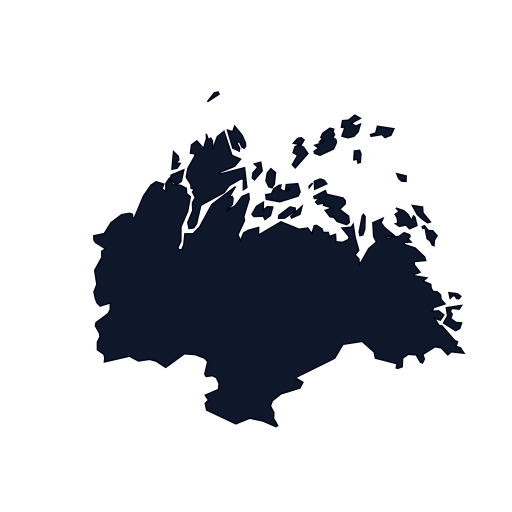 the border of Finland Proper, rotated 161°
{"feature_id": "FIN-3191", "entity_name": "Finland Proper", "entity_type": "Region", "adm_level": 1, "iso_a3": "FIN", "parent_name": "Finland", "parent_adm1": "", "projection": "orthographic", "projection_center": [22.144, 60.47], "detail": "fine", "context": "isolated", "style": "filled", "palette": "ink", "viewbox_px": 512, "rotation_deg": 161, "n_neighbors": 0, "source": "natural_earth", "source_scale": "10m", "svg_char_len": 6121}
<svg xmlns="http://www.w3.org/2000/svg" viewBox="0 0 512 512"><g transform="rotate(161 256 256)"><path d="M319.8,354.0L323.1,350.0L320.3,346.3L317.6,353.9L312.9,357.5L311.3,350.2L304.5,347.5L299.9,342.7L301.3,337.4L298.8,333.5L306.0,320.6L317.4,308.1L322.3,294.4L327.2,289.3L326.8,286.8L324.1,286.2L320.7,289.9L316.0,300.1L308.3,297.5L299.8,301.8L281.1,319.0L252.8,328.3L261.9,320.7L259.2,320.0L259.0,317.9L261.5,312.6L269.2,308.1L259.3,310.3L249.8,316.8L242.6,317.3L243.9,312.0L254.7,297.3L255.3,293.3L266.2,282.0L265.7,275.6L260.0,281.9L255.0,282.8L244.2,282.1L246.9,274.9L221.3,280.2L206.6,267.3L198.0,265.6L195.9,258.8L191.0,265.7L188.7,265.1L184.8,260.0L184.8,256.3L180.0,254.8L180.3,250.6L173.8,250.6L175.8,243.4L169.6,240.7L163.0,241.5L161.7,244.2L165.6,254.4L156.6,252.2L153.8,254.3L156.2,241.6L157.0,228.0L162.0,224.7L159.7,219.7L161.4,213.6L146.9,226.3L137.5,230.1L138.4,236.1L134.7,249.4L123.6,250.3L127.0,246.8L125.2,241.0L118.4,229.9L126.5,232.0L126.5,230.0L114.2,228.0L108.4,229.8L103.9,226.2L104.0,224.2L106.6,222.6L104.8,218.7L111.2,220.5L112.2,218.8L102.9,211.7L96.9,200.2L97.0,196.5L108.3,199.3L109.2,195.9L106.2,187.2L112.5,187.2L112.5,185.6L101.7,179.7L106.3,177.9L100.0,172.3L100.9,168.6L100.1,164.8L96.4,163.2L94.2,159.3L95.2,154.7L92.9,149.2L104.7,149.4L107.4,146.4L101.2,144.7L97.6,139.1L102.6,135.3L107.5,139.2L105.6,130.8L102.9,129.3L95.7,111.5L93.4,109.3L96.2,105.5L92.6,102.5L91.0,96.4L102.6,101.9L106.8,100.1L110.8,108.9L116.3,111.9L130.4,108.6L130.4,103.7L133.5,100.7L135.1,102.1L136.8,110.5L144.2,113.5L150.7,111.6L153.8,103.7L158.4,103.6L159.8,104.5L157.8,108.3L176.4,120.6L175.5,126.6L183.4,140.7L202.5,144.2L215.0,133.7L256.5,128.4L257.9,127.2L252.8,121.3L257.5,116.9L277.5,117.5L287.7,113.8L291.2,109.5L290.1,102.0L292.3,96.7L290.7,88.5L292.7,88.2L303.4,97.9L314.7,104.7L329.7,103.9L352.8,126.4L352.0,133.1L347.8,135.2L349.3,140.9L334.9,142.0L332.4,147.3L333.0,153.9L336.2,157.1L342.3,158.3L342.9,161.0L336.0,171.8L337.9,176.2L345.4,182.5L355.5,186.9L377.7,180.1L384.6,189.1L390.4,193.0L401.3,195.0L408.3,202.5L433.8,205.2L431.9,209.5L431.9,212.9L436.5,219.0L433.9,226.3L429.8,230.3L429.1,234.1L430.6,242.3L428.9,245.1L414.7,249.6L411.4,252.5L409.0,259.1L419.6,259.4L421.6,263.6L421.7,267.8L420.9,274.8L415.7,280.9L413.2,294.9L402.2,304.9L400.3,310.7L395.8,311.7L403.3,321.0L404.0,323.9L402.8,327.9L392.2,326.6L382.2,334.7L369.6,338.8L361.6,337.5L359.3,335.7L360.2,332.2L358.4,331.9L342.9,349.3L332.4,357.1L326.2,358.7L319.8,354.0ZM291.7,321.9L301.7,305.9L305.7,302.9L310.4,303.8L309.6,309.9L301.0,319.5L298.7,327.1L294.3,331.0L295.2,337.2L292.4,339.3L295.3,341.1L294.3,344.8L296.3,353.2L291.8,361.1L280.8,370.8L280.8,372.6L284.5,374.6L280.8,382.0L274.4,384.1L270.6,374.7L264.4,383.4L263.3,387.7L263.1,381.3L260.4,382.2L259.8,378.9L262.3,370.9L253.8,381.3L245.7,384.3L246.0,359.0L239.1,352.6L246.9,347.8L263.0,346.9L263.0,345.1L238.1,343.2L242.4,323.8L246.4,322.8L242.9,332.6L245.0,333.9L258.4,331.3L265.6,326.4L291.7,321.9ZM182.0,293.4L169.1,295.2L169.1,291.4L154.8,282.5L153.7,279.4L154.6,276.3L161.8,272.9L155.5,263.6L156.8,257.4L160.1,256.2L168.0,262.2L169.7,267.0L173.3,269.2L175.7,276.6L168.3,276.6L175.7,282.1L174.6,284.1L180.8,284.8L182.0,287.7L177.4,289.7L182.0,291.4L182.0,293.4ZM196.6,299.0L215.8,299.5L227.8,306.3L226.8,310.8L221.1,309.8L217.3,313.7L211.2,315.3L209.2,314.9L211.3,311.9L209.6,309.0L206.6,307.6L201.2,308.4L206.7,308.4L204.2,313.6L193.0,310.8L193.5,302.2L196.6,299.0ZM147.8,332.0L162.6,330.4L167.1,334.0L167.1,336.0L161.5,337.6L164.4,341.5L154.2,341.4L158.8,343.2L154.8,345.4L156.1,347.0L153.0,350.3L144.5,352.8L141.2,350.6L142.7,348.5L142.2,345.1L144.9,343.1L142.6,340.1L143.0,337.1L147.8,332.0ZM114.4,346.7L119.0,340.2L124.5,337.3L130.4,337.8L135.7,341.3L130.1,348.5L133.3,350.0L130.1,355.8L124.5,354.3L116.7,357.0L112.5,352.2L122.7,350.5L119.4,346.3L114.4,346.7ZM102.0,231.8L104.1,236.4L110.9,237.4L113.6,241.1L111.0,241.1L110.1,246.2L110.9,250.1L107.0,251.0L106.6,253.1L108.1,255.8L101.5,250.7L98.8,245.7L97.3,238.9L94.1,242.6L93.1,241.0L93.9,232.4L102.0,231.8ZM237.3,369.4L236.4,363.2L237.7,360.6L242.8,365.6L242.0,384.3L237.5,381.1L233.9,385.7L229.9,374.9L229.2,366.6L230.0,363.2L232.2,361.8L233.8,363.5L234.4,369.7L237.3,369.4ZM92.9,145.1L77.8,142.3L81.1,139.6L87.5,142.6L90.4,140.8L89.5,137.0L92.3,133.5L88.6,128.1L83.4,125.8L86.9,121.2L91.5,120.4L100.5,131.6L94.3,137.0L92.9,145.1ZM234.3,296.9L229.3,298.9L224.2,296.9L229.2,289.6L235.6,287.6L236.1,291.3L245.1,294.0L246.2,296.8L239.3,302.8L231.5,304.5L234.3,296.9ZM190.2,326.6L191.9,330.5L183.7,337.7L187.3,341.6L183.5,346.6L179.2,347.0L175.6,343.4L173.6,336.0L190.2,326.6ZM95.4,326.0L97.4,329.9L108.2,331.7L108.2,333.5L102.8,333.3L98.9,339.1L84.2,331.4L89.1,326.3L95.4,326.0ZM210.4,328.5L215.3,318.0L218.7,315.3L221.4,317.4L222.1,323.9L218.4,330.7L213.5,333.7L210.4,328.5ZM308.5,349.4L312.0,356.8L309.8,360.1L296.2,361.0L302.3,350.9L308.5,349.4ZM91.7,252.8L82.6,248.1L84.1,242.4L80.0,231.5L82.8,231.5L86.5,236.3L90.0,242.7L91.7,252.8ZM89.3,229.6L86.9,229.8L84.8,224.0L80.7,222.3L78.2,216.2L82.2,212.9L84.4,207.8L85.8,209.1L86.4,213.5L88.5,216.7L87.0,227.3L89.3,227.8L89.3,229.6ZM222.5,334.4L232.6,328.5L234.1,330.9L231.7,335.7L225.3,339.3L227.6,343.5L221.0,343.2L222.5,334.4ZM222.4,284.3L221.1,286.9L207.9,291.3L203.4,288.6L204.3,285.9L216.5,282.5L222.4,284.3ZM176.5,307.6L170.2,307.9L166.9,305.4L165.6,301.2L178.8,300.0L176.5,307.6ZM301.9,364.8L307.2,365.4L300.0,381.5L297.1,375.7L297.7,372.0L301.5,370.1L297.6,368.2L301.9,364.8ZM150.6,245.1L142.5,259.2L140.8,260.4L140.0,257.8L144.4,246.0L148.1,241.2L151.1,241.4L150.6,245.1ZM128.7,314.5L132.2,315.1L128.8,323.2L123.7,322.2L123.5,318.5L126.9,310.6L129.3,310.7L128.7,314.5ZM177.1,346.4L183.9,350.5L178.3,353.6L174.6,353.0L172.8,350.0L177.1,346.4ZM209.9,280.3L210.1,282.2L196.3,288.0L200.8,281.2L209.9,280.3ZM238.2,421.1L251.7,417.7L242.3,423.8L238.5,423.4L238.2,421.1ZM93.9,279.4L95.8,282.9L96.1,288.0L88.0,282.8L89.9,277.7L93.9,279.4ZM83.3,154.2L86.2,152.8L85.5,158.5L78.0,154.8L75.5,151.2L78.2,149.5L80.2,150.6L80.8,153.8L83.3,154.2ZM183.1,304.7L178.7,306.5L183.4,303.3L183.1,304.7Z" fill="#0f172a" stroke="#020617" stroke-width="1.5"/></g></svg>